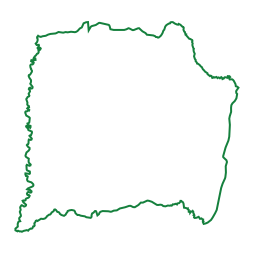 the district of São José do Xingu, Mato Grosso, Brazil, rotated 182°
{"feature_id": "56859067B62238110035990", "entity_name": "São José do Xingu", "entity_type": "district", "adm_level": 2, "iso_a3": "BRA", "parent_name": "Brazil", "parent_adm1": "Mato Grosso", "projection": "robinson", "projection_center": [-52.561, -10.682], "detail": "fine", "context": "isolated", "style": "outline", "palette": "green", "viewbox_px": 256, "rotation_deg": 182, "n_neighbors": 0, "source": "geoboundaries", "source_scale": "gbopen_adm2", "svg_char_len": 5768}
<svg xmlns="http://www.w3.org/2000/svg" viewBox="0 0 256 256"><g transform="rotate(182 128 128)"><path d="M226.9,192.4L227.2,191.4L225.8,190.5L225.0,190.9L224.5,190.3L224.8,189.0L225.6,188.2L226.8,188.3L227.5,187.8L227.9,186.9L227.5,184.7L226.9,184.0L226.9,183.2L226.0,182.0L226.0,180.9L227.7,177.9L228.9,177.4L229.1,176.5L228.3,174.7L226.7,172.6L226.5,171.6L226.7,170.0L227.2,168.8L224.8,165.8L224.8,164.8L225.3,164.2L226.5,164.0L227.2,164.9L228.1,164.5L228.5,163.4L227.4,162.0L227.2,161.2L228.5,158.7L227.7,156.9L228.0,156.2L229.4,155.5L230.0,154.3L230.5,153.8L230.6,153.0L229.4,150.0L229.5,147.9L228.8,147.0L227.8,146.4L227.6,145.2L228.9,144.8L229.4,144.0L227.3,142.6L227.5,141.9L228.7,141.9L229.6,141.1L230.8,141.0L231.2,140.4L231.2,139.6L230.1,136.9L227.1,135.3L226.5,134.6L226.8,130.4L227.1,129.7L228.6,129.0L227.9,127.5L225.5,126.7L225.4,125.5L225.8,124.7L228.4,126.8L229.1,126.8L229.9,126.2L229.5,125.3L228.1,124.2L227.4,122.4L224.0,121.1L223.8,119.9L224.7,117.4L225.7,117.2L226.2,116.7L223.8,114.1L224.0,113.1L224.7,112.7L226.7,113.0L226.9,112.1L226.9,109.4L227.3,108.3L228.1,108.0L228.5,107.4L227.4,105.8L225.7,104.7L225.6,103.4L226.5,101.9L228.6,100.0L229.5,96.9L229.3,96.1L228.7,95.4L226.1,93.9L226.2,91.2L225.9,89.9L224.0,88.1L224.2,87.2L225.2,86.8L227.8,87.7L228.2,86.9L227.8,82.9L227.3,82.1L224.6,81.1L224.4,79.4L224.8,78.7L228.9,79.1L229.0,78.3L228.3,76.5L227.0,76.4L226.5,76.0L227.1,73.2L226.8,72.1L226.2,71.3L222.6,70.3L220.8,68.6L220.5,67.7L220.7,66.9L221.3,66.3L225.9,64.1L226.7,63.2L225.6,62.8L223.6,62.6L222.2,61.4L222.2,60.7L222.7,60.1L223.6,60.0L225.0,60.6L226.0,60.3L226.7,58.9L226.4,57.9L225.8,57.5L224.8,57.6L223.9,56.8L224.5,55.4L225.4,54.7L227.2,54.0L227.8,53.3L227.9,52.2L228.7,51.8L230.0,52.0L230.8,51.6L230.0,50.1L227.2,47.8L227.3,46.9L228.5,46.0L229.2,45.9L231.0,47.0L231.7,47.1L232.8,45.5L233.0,44.6L232.4,42.5L233.2,40.4L232.0,37.1L232.0,36.2L233.6,34.1L233.5,33.0L232.5,31.1L233.7,30.8L234.4,30.1L234.9,28.2L234.7,25.6L237.0,23.5L236.9,21.8L234.9,20.9L234.3,21.5L232.5,20.8L231.4,21.0L230.4,20.6L228.8,21.5L225.5,22.4L224.2,21.9L223.5,22.9L221.8,24.1L220.8,24.0L220.1,24.4L219.3,26.4L218.4,26.5L217.9,27.3L218.3,29.5L217.6,30.2L216.9,32.0L216.0,32.4L215.2,31.9L211.7,34.3L209.8,34.1L208.0,34.6L206.5,35.9L206.0,36.9L203.9,38.6L203.0,38.7L201.8,39.9L201.5,40.8L199.7,42.1L199.1,42.9L198.9,43.8L198.1,44.1L197.1,43.5L195.7,41.7L194.4,41.5L193.7,41.0L193.1,39.8L192.3,39.4L191.7,38.8L188.9,38.0L187.4,39.1L186.6,40.7L185.6,42.0L185.4,42.9L183.5,43.7L181.4,44.1L179.1,43.7L178.2,42.9L177.5,41.0L175.5,39.3L174.1,39.4L172.0,38.7L168.0,38.2L166.6,37.4L162.2,36.9L161.6,37.4L161.3,38.3L161.4,39.5L160.9,41.3L159.4,42.3L158.2,43.8L157.3,43.9L156.7,43.0L155.5,39.6L154.0,40.9L153.4,42.5L152.6,43.3L150.5,44.1L144.8,44.1L142.4,43.7L141.4,43.9L139.4,44.9L136.3,45.3L133.3,47.3L128.1,48.7L124.2,50.2L122.7,50.3L120.0,49.1L118.4,49.1L114.9,51.4L112.6,53.9L110.4,54.0L106.2,56.1L104.7,56.0L101.6,55.1L96.5,52.2L95.3,52.1L93.0,52.5L91.5,52.3L90.0,51.2L87.8,51.0L85.5,51.9L83.3,51.8L82.5,52.2L81.6,51.9L80.5,53.3L79.5,53.2L77.9,53.9L76.4,53.3L76.1,54.3L74.3,54.7L73.2,56.0L73.0,57.0L72.1,57.0L71.6,56.2L70.6,55.8L69.9,54.5L69.2,50.3L67.3,50.1L66.3,49.6L65.4,49.8L65.3,48.8L64.4,48.2L64.4,46.4L63.6,46.1L63.0,46.5L62.9,45.5L62.0,46.8L60.8,46.7L60.4,47.3L59.8,46.5L59.8,45.5L59.0,44.1L59.4,43.2L58.6,42.9L58.9,40.9L58.1,40.4L56.4,40.7L54.3,41.7L52.8,39.7L51.4,40.2L50.8,39.6L49.7,39.2L50.0,37.7L49.3,37.3L49.8,36.4L49.0,34.8L46.9,35.4L45.0,36.3L41.8,39.0L40.2,41.6L38.0,45.8L36.5,49.2L32.8,71.3L31.5,75.7L29.3,81.0L29.0,82.2L28.6,86.9L29.0,93.2L27.9,97.5L28.5,99.2L31.3,101.7L31.8,102.2L31.9,103.2L29.8,111.9L27.2,119.0L26.5,122.9L26.3,134.7L27.1,140.9L26.7,143.4L25.5,147.7L25.7,151.8L25.5,154.4L24.5,156.3L22.2,158.7L20.7,161.4L20.1,165.8L20.9,166.6L21.2,168.0L21.0,169.1L19.0,172.1L20.2,173.1L21.7,173.5L22.1,175.6L23.9,178.8L24.8,179.8L25.7,180.3L28.1,180.1L28.9,181.6L27.7,182.5L28.4,183.3L30.0,183.3L30.0,182.3L30.6,181.6L31.4,182.0L33.0,182.1L33.7,181.6L33.9,180.9L35.3,180.2L35.9,181.6L36.6,182.1L37.9,180.9L38.7,181.5L39.5,181.7L40.3,181.0L41.5,182.1L43.0,181.4L44.0,181.9L44.7,181.2L45.5,181.0L46.3,182.8L47.2,183.2L47.9,182.7L50.4,184.6L50.5,185.5L53.2,187.2L53.8,188.1L55.2,189.3L56.4,191.5L57.3,192.0L58.7,193.6L60.4,194.7L61.2,194.8L61.5,195.8L62.8,197.3L62.7,198.3L63.6,199.4L64.5,202.0L63.9,204.5L64.9,206.6L65.3,208.6L64.9,209.4L65.5,210.1L66.4,212.5L66.6,213.4L66.3,214.7L67.0,216.2L66.6,217.2L66.9,218.1L69.0,219.2L69.9,219.3L73.1,222.7L73.1,223.5L73.8,223.4L74.5,225.9L75.1,226.2L76.0,228.1L75.8,230.1L76.3,230.9L77.0,231.0L79.2,233.0L81.0,233.8L81.4,233.0L82.6,233.1L85.0,234.1L86.6,235.2L87.6,235.4L89.2,235.1L89.6,234.1L91.0,233.7L93.2,232.2L94.3,230.7L95.2,227.5L96.0,226.6L96.8,224.1L97.7,222.4L98.7,221.0L100.5,219.5L101.3,219.4L102.1,219.9L103.3,219.9L104.1,220.7L106.0,221.4L112.4,221.9L113.8,223.5L116.9,225.1L120.4,228.1L121.4,228.0L125.7,226.1L126.9,226.0L130.0,227.5L131.1,227.7L133.0,226.6L135.1,225.9L145.7,225.5L149.0,226.1L149.9,229.1L150.3,229.9L150.9,230.4L159.9,232.1L160.7,232.0L163.8,229.8L167.7,228.6L168.7,227.9L170.7,224.2L171.7,232.5L173.6,232.2L176.0,231.1L177.7,226.9L179.6,225.8L181.9,223.1L183.4,222.2L184.4,221.9L188.3,222.2L191.6,221.5L193.7,221.7L196.1,221.0L200.8,221.5L203.6,220.0L208.8,219.3L211.0,218.6L213.4,217.3L216.6,216.7L218.3,216.0L219.6,216.4L220.3,216.3L221.1,217.0L222.0,215.7L222.0,214.8L221.4,213.8L221.4,212.3L221.9,210.7L223.2,209.1L222.2,207.8L220.1,208.0L219.8,206.9L221.2,204.8L220.4,203.6L219.4,204.9L218.5,205.0L218.0,204.5L218.4,203.4L219.3,202.6L220.2,202.3L219.9,200.8L220.4,199.5L221.5,199.0L222.6,197.3L223.7,196.3L224.1,194.5L223.0,194.2L222.8,192.8L224.6,192.6L225.0,193.5L225.4,192.2L226.0,192.0L226.9,192.4Z" fill="none" stroke="#15803d" stroke-width="2"/></g></svg>